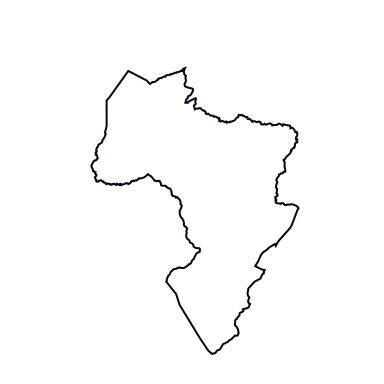 outline of Pusiga, Upper East, Ghana, rotated 219°
{"feature_id": "2480657B9973692574538", "entity_name": "Pusiga", "entity_type": "district", "adm_level": 2, "iso_a3": "GHA", "parent_name": "Ghana", "parent_adm1": "Upper East", "projection": "equal_earth", "projection_center": [-0.091, 11.076], "detail": "fine", "context": "isolated", "style": "outline", "palette": "ink", "viewbox_px": 384, "rotation_deg": 219, "n_neighbors": 0, "source": "geoboundaries", "source_scale": "gbopen_adm2", "svg_char_len": 6074}
<svg xmlns="http://www.w3.org/2000/svg" viewBox="0 0 384 384"><g transform="rotate(219 192 192)"><path d="M317.7,246.0L315.8,214.2L315.9,209.3L300.3,190.1L298.9,187.7L297.1,183.4L295.7,182.8L294.6,180.0L294.0,175.4L293.2,174.1L293.6,172.1L294.2,170.9L294.3,169.5L293.6,167.5L293.9,166.6L293.2,165.5L293.1,164.6L292.5,164.0L292.0,164.1L291.4,163.2L291.7,162.1L291.0,161.2L290.3,161.3L290.1,160.4L289.1,160.7L287.7,159.9L286.4,158.6L286.7,157.9L286.4,157.4L286.7,156.7L286.6,155.8L287.6,155.2L287.7,153.2L286.8,149.1L286.3,149.0L285.7,148.2L282.5,146.8L282.0,146.0L281.3,146.3L280.4,146.1L279.4,146.6L279.1,145.6L278.7,145.3L277.0,145.2L276.6,144.0L276.8,142.5L275.5,141.5L274.3,141.3L273.8,140.3L273.1,140.5L272.3,140.2L271.3,141.3L271.6,141.8L271.4,142.2L269.9,144.0L268.2,143.8L267.6,144.3L267.2,143.9L266.4,143.9L265.6,144.5L263.6,144.1L263.3,145.1L262.7,145.3L262.4,145.9L262.0,145.8L260.8,146.6L260.3,146.3L259.6,146.6L259.0,147.9L258.7,147.7L257.6,149.5L255.7,149.6L255.7,150.2L255.3,150.3L255.5,151.2L254.3,151.2L253.6,151.7L253.0,153.3L251.6,153.2L251.8,152.4L251.4,152.6L250.9,153.4L251.0,154.1L249.7,155.3L248.7,157.5L247.2,158.3L246.5,158.0L246.0,158.7L245.7,160.7L245.5,160.9L245.8,161.5L245.7,162.8L245.0,163.1L244.6,164.1L244.0,163.9L243.0,165.8L242.3,166.0L241.9,167.8L241.9,169.3L241.1,169.4L238.8,172.5L237.9,174.9L237.5,178.1L237.2,178.2L234.9,178.1L233.7,178.5L227.8,177.3L227.3,177.8L226.7,177.8L225.6,179.0L224.9,179.2L224.6,180.1L223.8,180.2L222.7,179.4L222.2,179.5L220.2,177.8L218.3,178.6L216.5,180.3L214.9,179.8L214.2,180.2L213.1,179.9L211.1,180.9L207.9,179.3L207.6,178.6L206.5,178.1L206.1,177.2L205.6,177.0L204.3,176.9L202.0,178.1L201.0,177.5L200.6,177.8L200.6,178.5L200.4,178.8L198.4,178.3L197.1,178.5L194.4,177.0L193.4,175.3L191.7,175.2L191.1,174.5L189.9,171.2L189.7,169.4L188.7,168.5L187.9,167.3L184.9,165.4L183.6,165.4L180.9,164.4L179.2,163.3L177.2,161.0L173.0,160.7L172.6,160.3L171.7,157.9L170.5,157.1L170.0,155.9L168.6,153.9L167.3,153.0L165.9,152.6L163.5,152.7L161.8,151.4L159.7,152.1L157.8,151.8L156.5,150.6L154.0,150.8L150.8,152.9L149.7,152.5L149.4,152.1L149.1,151.0L148.5,150.7L148.5,149.8L149.7,147.9L149.8,147.0L149.0,142.5L148.4,141.3L148.8,140.4L148.7,138.2L148.1,136.4L148.2,134.4L148.9,134.2L149.1,133.7L149.0,132.3L150.3,128.1L152.3,126.3L154.0,125.7L154.5,124.7L155.4,124.2L155.8,122.7L157.9,120.0L157.9,117.8L158.3,116.9L157.4,113.6L157.8,111.4L157.2,110.4L156.9,108.6L155.9,107.5L155.6,106.1L140.1,102.7L130.6,96.5L94.5,83.6L79.7,79.0L74.4,78.8L73.8,80.1L72.8,80.9L72.5,82.5L72.8,83.8L72.6,84.8L71.5,86.6L71.3,87.6L72.1,93.3L71.6,94.6L71.0,95.1L70.8,96.4L69.9,97.7L69.8,99.3L69.5,100.9L68.9,101.9L68.2,107.4L66.3,109.0L66.3,109.6L66.4,110.3L66.8,110.6L67.0,111.8L70.2,114.4L73.0,115.4L74.8,115.5L77.6,119.4L77.8,120.6L77.2,121.9L77.7,122.9L77.4,125.9L78.6,127.5L78.7,128.2L77.4,130.5L77.2,131.8L78.5,132.5L78.6,133.0L76.7,135.4L75.4,137.7L76.3,141.4L77.1,141.1L77.4,141.5L78.3,141.4L79.6,142.4L80.4,143.6L80.5,144.6L81.1,146.1L83.0,146.6L84.9,148.0L87.5,152.5L86.9,161.7L84.3,168.0L85.4,171.3L85.4,173.3L85.0,173.8L85.1,174.3L85.9,175.0L86.5,177.1L87.2,176.5L90.7,175.3L96.2,174.1L97.1,180.5L98.8,186.4L98.8,190.2L97.8,192.7L97.0,197.6L94.9,203.8L93.0,202.8L93.8,207.0L93.9,209.5L93.1,225.6L93.7,229.1L98.9,245.0L99.0,246.4L100.4,246.9L102.5,246.9L105.4,246.0L107.4,244.8L108.3,243.4L109.7,242.7L110.8,240.9L111.7,240.3L113.8,240.7L114.7,240.3L115.3,239.7L115.5,238.5L116.3,238.5L119.1,236.6L120.5,236.7L121.3,238.9L121.7,239.1L122.1,238.5L122.4,239.1L123.4,239.5L124.1,240.6L123.7,241.1L123.7,242.0L123.1,242.4L123.8,243.7L124.1,244.0L125.9,244.3L126.1,245.3L127.9,248.1L129.1,248.1L129.9,248.7L131.3,251.2L131.5,252.8L132.8,253.9L133.3,253.8L134.1,254.4L134.6,256.5L134.6,259.1L135.4,260.5L134.7,261.3L134.6,262.4L133.3,263.6L133.2,264.5L133.6,265.0L133.3,265.7L132.3,266.5L134.1,268.5L135.6,269.5L138.8,273.5L141.0,274.4L140.5,276.0L140.8,278.0L140.0,284.5L140.6,285.1L140.6,286.3L141.1,286.4L141.4,287.3L140.9,288.1L141.2,288.9L140.5,290.7L140.9,291.6L140.6,292.0L142.2,294.1L142.4,295.2L142.2,296.1L141.6,296.3L141.6,297.2L142.0,297.6L142.5,297.4L143.2,298.4L143.3,299.2L143.8,299.1L144.2,298.4L145.5,299.8L145.8,300.5L145.6,301.7L146.9,303.9L147.4,303.8L148.4,304.6L148.9,303.7L149.7,303.6L151.9,304.9L153.9,305.1L155.1,304.5L155.6,303.5L157.2,305.1L157.7,305.2L162.2,302.6L163.6,302.4L163.8,301.9L163.3,301.0L163.3,300.3L165.5,300.5L167.2,300.1L168.1,298.7L168.3,297.4L170.8,295.4L171.0,294.8L171.8,294.2L172.8,294.8L174.4,294.5L176.2,292.3L176.6,291.0L177.2,290.7L178.6,290.7L178.9,289.5L180.2,288.4L181.5,288.3L182.6,289.4L184.0,289.0L184.5,288.8L185.4,287.2L188.0,286.4L189.3,284.6L190.0,285.2L191.1,284.8L192.4,285.2L193.4,284.8L194.1,284.0L194.6,283.8L196.2,285.1L197.4,283.8L200.0,283.8L200.7,283.1L201.4,283.4L202.5,282.3L203.0,282.3L204.3,281.2L203.5,280.2L203.6,279.4L203.3,279.0L204.0,278.0L204.0,274.4L205.9,271.1L206.5,270.9L206.7,269.7L208.4,268.7L208.8,267.7L209.7,268.3L210.1,267.3L213.3,266.2L213.9,265.0L214.9,264.4L215.6,264.3L215.9,265.7L216.3,266.0L217.2,265.7L217.7,266.6L218.5,265.8L221.0,265.6L222.3,264.3L223.3,264.7L225.6,263.1L228.8,263.0L229.7,261.6L230.8,261.6L231.3,262.5L232.9,263.0L233.3,262.6L234.1,262.9L234.8,262.3L236.8,262.2L238.0,262.5L238.8,262.2L239.6,260.8L241.0,259.7L241.8,258.0L244.9,260.3L244.5,262.7L246.7,264.7L247.1,266.3L248.2,267.2L248.8,266.3L251.6,259.9L251.3,258.8L253.3,257.2L254.5,259.9L254.5,262.4L255.3,263.7L254.1,266.4L254.7,270.6L255.9,272.6L257.6,272.4L258.4,271.7L260.7,270.7L263.9,269.7L265.7,271.1L266.5,274.3L267.9,275.9L268.8,276.3L269.9,278.4L270.7,278.3L272.6,278.9L273.3,279.9L274.7,281.0L274.7,282.1L275.4,282.4L275.5,283.8L275.9,283.3L276.4,280.5L275.9,279.6L276.9,279.2L277.7,277.0L279.4,275.3L279.3,274.3L280.4,273.8L281.5,271.4L282.0,271.1L282.2,270.0L283.0,269.9L283.5,268.4L284.4,267.8L285.6,265.9L285.4,265.0L285.7,265.0L286.8,263.3L287.6,261.2L288.4,260.8L289.0,259.1L289.4,259.1L289.5,258.5L289.1,257.2L289.6,256.9L290.2,254.0L292.0,252.5L292.0,251.5L292.8,249.5L297.6,250.1L317.7,246.0Z" fill="none" stroke="#020617" stroke-width="2"/></g></svg>